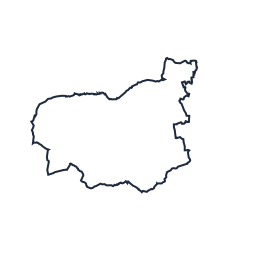 outline of Maynooth Lea-5, Kildare, Ireland, rotated 330°
{"feature_id": "5873133B22694450243518", "entity_name": "Maynooth Lea-5", "entity_type": "district", "adm_level": 2, "iso_a3": "IRL", "parent_name": "Ireland", "parent_adm1": "Kildare", "projection": "mercator", "projection_center": [-6.655, 53.364], "detail": "fine", "context": "isolated", "style": "outline", "palette": "slate", "viewbox_px": 256, "rotation_deg": 330, "n_neighbors": 0, "source": "geoboundaries", "source_scale": "gbopen_adm2", "svg_char_len": 3967}
<svg xmlns="http://www.w3.org/2000/svg" viewBox="0 0 256 256"><g transform="rotate(330 128 128)"><path d="M102.6,74.6L101.9,74.2L101.7,74.4L100.7,72.9L99.9,72.5L99.2,71.5L98.9,72.0L97.8,72.1L97.4,72.5L93.1,71.6L92.5,70.7L91.0,70.3L90.5,69.6L90.0,69.7L90.0,69.0L86.8,67.0L81.7,64.9L78.0,63.9L76.3,64.0L73.3,62.8L69.8,63.8L63.2,63.2L58.5,66.1L56.9,67.9L55.6,70.2L53.5,71.5L53.2,70.7L49.8,74.0L49.0,74.3L47.5,74.1L47.6,78.7L45.9,80.4L43.7,81.8L43.3,84.6L42.5,86.1L42.3,88.0L38.0,93.7L39.4,93.5L40.3,94.4L41.9,94.9L41.9,95.3L42.9,96.3L43.1,97.3L44.4,99.3L44.8,101.0L46.8,105.2L48.4,107.0L47.6,107.0L43.2,112.7L42.1,115.6L42.8,116.9L42.6,117.6L37.1,124.0L35.6,128.6L40.6,129.7L42.6,129.7L51.0,132.1L53.8,133.2L54.2,133.7L60.1,130.5L60.1,130.1L60.6,130.2L61.2,131.0L61.4,132.3L62.5,133.3L63.0,134.6L63.7,135.3L64.0,136.5L63.9,137.3L64.4,138.2L64.0,139.5L64.8,140.6L64.8,141.3L65.9,142.4L66.1,143.3L66.0,145.7L65.5,146.8L61.0,150.0L61.5,151.6L63.1,153.2L63.8,154.8L63.7,155.7L63.3,156.3L63.4,157.5L63.1,157.9L63.3,158.8L65.5,161.5L66.0,161.9L67.7,162.2L70.1,161.9L71.0,162.3L76.4,162.5L77.5,163.9L79.6,164.9L80.7,166.8L81.4,167.3L85.0,169.3L86.0,170.9L87.9,170.5L88.2,171.1L90.0,171.7L90.4,171.4L90.7,172.0L91.5,171.6L92.2,171.9L92.7,171.6L93.8,171.8L93.7,171.6L94.5,171.7L94.6,172.3L95.8,173.3L98.1,173.3L99.5,173.0L99.9,175.6L101.4,174.5L103.3,180.1L105.4,183.3L106.7,186.3L106.3,186.6L107.6,189.0L107.9,190.5L109.5,190.0L112.4,192.7L113.5,192.4L117.7,192.4L118.1,193.1L120.2,193.2L121.4,192.1L125.0,191.0L125.4,190.5L125.5,190.9L125.8,190.8L126.1,191.1L127.1,191.4L129.3,192.8L130.9,192.5L133.0,192.7L133.7,192.2L134.0,190.5L136.5,189.8L137.4,187.9L139.8,185.7L143.6,186.0L145.9,185.1L147.3,185.5L148.7,186.7L150.0,187.2L152.1,186.5L161.6,188.6L162.1,187.9L163.1,188.0L164.7,187.8L165.7,187.1L166.0,186.1L165.9,183.7L167.6,179.4L168.4,178.5L169.8,178.0L169.0,176.9L167.9,176.7L166.0,175.7L168.0,172.2L169.0,168.4L170.3,165.4L169.9,165.3L169.4,164.4L168.5,161.9L165.3,161.2L165.3,160.6L164.4,160.4L167.5,153.0L168.1,150.4L169.5,147.8L172.0,149.1L172.2,148.8L176.7,149.5L176.8,150.9L177.3,151.1L177.1,151.5L178.7,152.3L179.4,152.3L181.4,150.9L182.1,151.7L182.0,152.4L183.8,153.2L187.1,148.1L184.9,146.7L185.5,144.1L185.4,141.0L186.5,133.7L185.9,132.3L186.0,130.2L186.4,129.9L186.9,130.1L188.1,128.8L189.1,129.7L189.5,130.5L190.3,130.9L190.7,130.8L191.9,129.5L194.8,129.1L196.3,130.8L198.1,129.0L197.9,128.7L196.8,128.4L196.2,124.3L197.0,122.5L197.8,122.0L198.0,121.3L197.6,120.6L196.6,120.5L197.5,115.5L200.4,116.1L200.0,119.0L202.2,118.6L202.6,117.8L204.5,118.6L204.2,119.8L204.9,120.2L205.0,121.3L205.4,121.4L206.8,119.6L207.3,117.8L207.5,117.8L207.7,116.7L208.2,116.0L210.1,116.8L211.1,114.8L212.0,115.0L212.5,113.9L212.0,113.6L212.6,112.2L213.5,112.6L213.8,113.3L215.2,111.9L216.1,111.9L217.3,110.9L218.0,110.0L217.7,109.8L219.9,104.7L220.2,104.9L220.4,103.8L220.2,103.6L218.8,102.6L216.0,101.3L215.7,102.0L214.8,102.2L214.4,103.4L213.8,102.5L212.5,102.0L212.2,101.1L211.7,100.6L211.9,99.6L211.7,98.9L211.0,98.2L205.5,98.0L201.7,95.4L201.1,94.0L200.9,91.6L198.8,89.1L197.6,88.7L196.9,86.9L195.7,86.9L195.3,87.6L192.6,89.6L189.6,93.9L186.6,97.1L186.1,98.2L183.5,99.3L182.5,101.6L184.2,104.3L182.1,104.0L181.0,103.0L177.9,103.1L177.1,102.1L175.2,101.6L173.4,99.6L169.0,96.1L163.7,94.7L161.3,94.7L159.4,93.5L157.5,94.7L156.5,94.3L152.1,94.0L151.8,94.8L151.1,95.0L149.9,94.2L147.0,95.2L145.2,95.0L143.9,95.7L134.8,97.4L134.2,97.3L133.6,96.5L132.4,97.3L127.8,94.8L127.7,94.4L126.6,93.6L126.3,93.7L125.5,91.3L125.4,87.3L124.9,87.3L125.0,86.6L124.2,86.1L124.1,85.2L123.2,84.3L121.8,84.1L121.6,83.9L121.5,84.1L121.2,83.7L121.1,84.2L120.6,84.2L119.2,83.7L119.0,83.1L118.9,83.4L117.5,83.2L116.6,82.6L116.6,82.3L115.3,81.9L115.0,81.3L115.2,81.2L113.6,80.0L112.3,79.6L111.9,79.2L111.5,79.3L109.7,77.4L108.9,77.7L108.0,77.6L107.4,77.0L107.5,76.2L105.1,76.0L104.3,75.4L103.7,75.6L103.5,75.0L103.0,75.2L103.1,74.8L102.6,74.6Z" fill="none" stroke="#1e293b" stroke-width="2"/></g></svg>